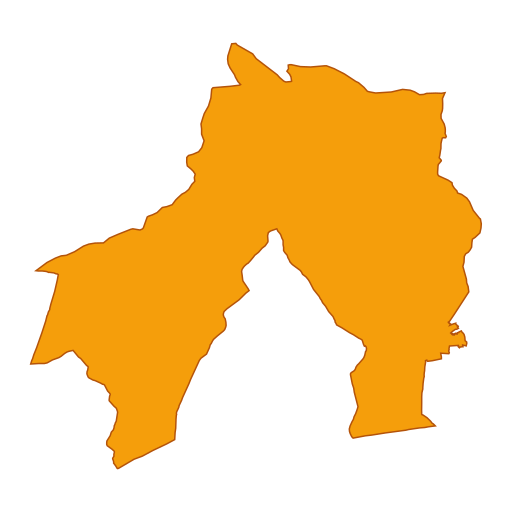 outline of Sistarovat, Arad, Romania
{"feature_id": "2599482B58875225116785", "entity_name": "Sistarovat", "entity_type": "district", "adm_level": 2, "iso_a3": "ROU", "parent_name": "Romania", "parent_adm1": "Arad", "projection": "robinson", "projection_center": [21.746, 45.981], "detail": "fine", "context": "isolated", "style": "filled", "palette": "amber", "viewbox_px": 512, "rotation_deg": 0, "n_neighbors": 0, "source": "geoboundaries", "source_scale": "gbopen_adm2", "svg_char_len": 6021}
<svg xmlns="http://www.w3.org/2000/svg" viewBox="0 0 512 512"><path d="M454.4,314.1L468.8,291.9L468.1,286.5L466.7,282.9L466.4,279.1L462.9,266.4L464.0,262.2L464.3,256.4L465.7,253.8L468.3,252.2L470.1,249.9L471.6,247.2L471.9,242.7L472.4,239.2L475.1,237.4L479.9,232.9L481.0,228.0L481.3,223.8L480.4,219.0L479.4,218.2L473.2,210.4L469.5,201.8L466.8,198.1L461.6,194.4L457.6,193.0L456.9,190.9L454.3,188.2L452.4,185.1L452.0,182.7L448.2,180.2L438.8,175.9L437.7,174.5L437.6,172.1L438.0,166.1L438.3,164.5L441.2,161.0L441.3,160.3L439.2,157.8L439.8,155.2L440.6,149.9L440.9,148.6L441.0,143.6L441.4,141.6L442.2,138.2L443.2,137.7L445.6,137.8L446.3,136.5L445.0,133.2L445.3,132.2L445.3,129.4L445.1,127.6L444.2,124.1L441.1,118.4L441.0,114.5L442.3,110.7L442.6,108.5L442.7,103.8L442.5,98.5L445.0,92.7L441.5,93.3L435.7,93.1L426.5,93.4L423.8,94.4L419.5,94.7L414.5,91.8L410.2,90.2L402.6,89.4L391.2,92.0L375.6,93.0L369.6,91.9L367.4,91.3L364.0,87.4L358.5,82.7L355.9,81.5L344.5,74.0L334.2,68.7L326.5,65.8L324.9,65.8L310.6,67.0L300.4,66.6L291.4,64.7L289.7,64.7L288.2,65.1L288.5,68.8L286.9,71.2L289.7,74.3L291.0,77.0L291.6,81.2L291.1,81.5L285.8,82.0L283.7,81.1L279.6,77.5L277.2,74.8L256.2,58.7L252.7,53.9L237.3,45.1L235.8,43.4L231.7,43.8L227.9,55.9L227.6,59.3L228.2,63.8L230.1,68.0L234.5,74.7L235.5,77.3L238.0,81.7L240.6,84.6L239.4,85.2L230.2,86.3L213.0,87.7L211.7,89.2L210.9,98.0L208.5,106.0L204.3,113.5L202.8,118.0L201.0,124.0L201.6,128.9L201.6,134.2L204.1,140.8L201.8,147.7L198.6,151.8L193.1,154.2L188.5,155.5L186.8,157.4L186.7,162.2L187.3,165.9L191.1,169.1L193.3,171.3L195.2,174.2L194.3,177.6L194.8,181.3L191.9,184.3L188.8,189.4L185.4,192.3L181.8,194.2L177.9,197.8L175.6,200.1L172.2,204.7L166.9,206.6L162.3,207.5L157.1,212.6L152.5,214.8L148.5,216.2L147.2,217.0L143.4,227.8L142.5,228.9L140.0,230.0L132.8,228.8L130.7,229.3L118.1,234.3L109.3,238.1L103.5,242.9L95.0,243.1L88.9,244.1L83.5,246.1L74.6,251.7L66.3,255.3L61.1,255.9L55.4,258.1L47.0,262.5L36.0,270.7L38.5,271.0L42.4,271.0L45.8,271.4L47.1,271.7L48.6,272.4L49.2,272.3L53.9,272.9L56.2,273.9L57.0,273.8L58.3,274.6L57.3,280.0L54.7,291.4L50.9,304.0L49.8,308.4L49.7,309.7L48.4,311.9L47.6,314.8L47.0,315.8L45.7,321.1L42.0,332.5L36.6,347.8L33.8,354.8L32.6,358.7L31.7,360.7L30.7,364.0L39.0,363.5L44.4,363.5L47.1,362.9L52.5,359.9L58.9,357.6L61.1,356.3L64.7,353.4L67.0,352.0L69.0,351.3L73.1,350.4L78.5,357.0L80.7,358.5L86.6,365.5L87.8,366.3L88.2,366.9L87.7,370.1L87.1,371.5L86.9,373.5L87.1,374.5L88.2,377.1L89.0,377.9L92.9,380.0L95.1,380.6L100.4,383.0L102.5,384.2L103.8,384.5L104.5,385.0L107.6,391.0L109.7,393.3L110.2,394.1L110.2,394.6L109.6,396.2L109.1,400.1L109.3,400.9L114.0,406.2L116.3,408.2L117.4,411.2L117.6,412.4L116.2,421.4L115.4,422.7L114.9,424.5L114.3,425.6L114.0,427.9L113.3,429.9L111.3,432.2L110.2,435.7L106.9,441.0L106.7,442.7L106.7,444.4L107.2,445.7L112.0,449.2L114.3,451.3L114.4,452.0L113.9,454.2L113.9,456.3L112.7,458.2L112.7,458.9L113.5,461.2L113.7,462.3L113.6,463.1L115.7,465.9L117.2,468.4L117.7,468.6L118.6,468.3L134.1,459.2L142.4,456.1L153.0,450.4L166.7,443.9L174.7,439.6L175.1,432.5L175.7,428.3L176.0,419.2L176.3,415.4L176.6,414.6L176.4,413.4L176.6,412.0L178.7,407.5L179.2,405.4L181.6,400.3L182.6,397.5L188.9,383.7L190.6,379.4L199.3,360.5L200.2,359.2L201.1,358.1L206.5,354.1L209.4,347.7L210.2,344.8L211.3,343.4L212.3,341.3L213.5,339.4L217.4,335.9L223.3,331.1L224.7,329.6L225.8,326.8L226.1,325.3L225.9,322.3L225.2,318.9L223.9,316.9L223.3,314.9L223.4,313.7L223.9,311.9L224.4,311.2L226.9,308.8L239.1,299.8L245.9,293.1L249.1,290.6L248.1,288.7L243.0,281.1L242.7,280.0L242.2,275.6L241.6,271.6L242.0,269.5L243.5,267.2L244.6,265.9L246.7,264.0L248.1,263.2L250.5,260.6L253.8,256.6L254.6,255.4L258.5,252.3L262.1,248.2L265.2,245.8L267.8,242.1L268.0,241.1L267.6,235.8L268.3,232.7L269.7,231.5L271.0,230.8L276.8,228.8L277.7,230.9L280.0,233.6L280.9,235.2L281.8,237.9L282.8,239.9L283.1,240.8L283.1,244.8L283.6,247.4L283.6,250.6L284.8,252.5L287.2,255.3L287.9,257.7L289.3,260.2L289.9,261.8L291.6,263.8L292.8,264.9L300.2,270.4L301.3,271.8L302.6,274.3L306.0,276.9L308.3,279.7L309.5,281.6L313.6,289.5L319.2,296.5L320.3,298.7L321.5,300.3L322.6,302.7L325.6,306.3L328.7,311.6L333.0,316.5L334.5,319.8L335.0,320.4L335.1,322.0L336.1,323.6L336.6,324.9L341.9,327.8L349.6,332.7L353.4,334.7L358.8,338.2L360.6,339.0L362.2,340.1L363.5,344.3L364.4,346.2L365.3,345.9L365.8,346.4L366.2,347.2L366.5,348.3L366.3,350.7L365.6,351.4L364.8,355.1L363.9,357.5L362.9,359.0L358.7,363.8L357.4,365.0L356.0,367.1L355.4,368.9L354.8,370.0L353.7,371.1L351.9,372.2L350.8,373.1L350.5,373.8L350.5,374.8L352.3,383.9L353.7,388.1L354.3,392.3L358.0,406.7L357.3,409.1L355.6,413.8L354.1,416.7L353.4,419.3L351.9,422.0L350.1,426.0L349.3,429.0L349.5,431.4L350.2,433.6L351.5,436.3L352.3,437.4L353.1,438.1L365.4,435.8L371.5,435.1L385.5,432.9L405.8,430.2L408.7,429.5L419.6,427.9L424.8,427.5L428.4,426.8L435.3,425.9L433.3,423.9L432.0,423.1L430.7,421.3L427.0,417.7L423.0,415.0L421.9,414.6L421.7,414.1L421.6,409.9L421.7,403.2L421.7,396.8L421.9,392.8L422.8,389.0L422.8,387.6L423.1,383.3L423.8,378.0L424.2,376.7L424.1,374.6L424.3,372.5L424.6,370.8L424.8,366.9L425.6,362.1L425.5,360.6L426.8,360.1L427.3,361.1L427.7,361.3L432.4,360.7L441.4,358.8L441.4,357.0L440.7,353.2L448.8,353.7L449.3,352.8L449.1,352.1L448.8,351.6L448.9,350.9L448.7,350.3L449.1,349.8L449.0,348.5L449.5,346.0L458.4,345.4L458.5,345.9L458.2,346.6L459.9,348.3L459.1,347.1L463.0,346.7L462.6,345.7L462.6,345.0L466.2,345.9L466.8,343.2L466.6,341.9L466.1,341.7L465.8,341.2L465.1,340.7L464.8,337.0L464.1,334.6L463.3,333.3L462.2,332.4L461.3,330.9L458.8,332.1L458.7,332.6L457.3,332.7L456.8,333.3L457.2,333.5L457.2,334.0L455.8,334.0L455.4,333.3L454.8,333.6L453.9,334.3L454.3,334.7L454.3,334.9L452.8,334.9L452.3,334.6L452.7,334.1L453.3,333.9L452.1,333.5L451.5,333.7L450.7,333.0L452.3,331.5L455.4,329.3L456.8,329.2L458.4,328.3L457.4,327.0L458.2,326.6L458.3,326.3L455.8,324.2L455.8,323.2L453.4,323.9L449.8,325.3L450.4,324.3L450.8,324.1L449.7,323.5L449.7,323.2L449.3,322.8L448.8,323.0L448.6,322.8L448.8,322.5L448.4,322.1L449.6,321.2L454.4,314.1Z" fill="#f59e0b" stroke="#b45309" stroke-width="1.5"/></svg>